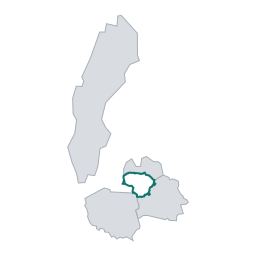 map of Lithuania with Sweden, Belarus, Poland and Latvia greyed out
{"feature_id": "LTU", "entity_name": "Lithuania", "entity_type": "country or territory", "adm_level": 0, "iso_a3": "LTU", "parent_name": "Europe", "parent_adm1": "", "projection": "mercator", "projection_center": [24.055, 55.152], "detail": "fine", "context": "with_neighbors", "style": "outline", "palette": "teal", "viewbox_px": 256, "rotation_deg": 0, "n_neighbors": 4, "source": "natural_earth", "source_scale": "50m", "svg_char_len": 3664}
<svg xmlns="http://www.w3.org/2000/svg" viewBox="0 0 256 256"><path d="M67.7,147.1L74.8,133.3L76.6,119.9L73.1,114.0L72.7,98.0L76.3,86.2L81.9,86.5L83.8,81.4L81.8,76.9L90.4,58.1L99.7,32.0L105.0,32.1L106.5,23.7L117.0,26.1L117.8,16.0L121.2,15.4L137.3,33.2L137.5,55.3L139.4,60.6L129.8,64.5L124.4,73.8L125.3,81.8L105.7,102.6L101.6,119.4L105.6,127.4L110.9,133.7L105.8,146.1L100.0,148.6L97.9,166.2L94.7,175.6L87.9,174.7L84.8,182.5L78.4,183.0L76.6,173.6L71.9,162.0L67.7,147.1Z" fill="#d9dde1" stroke="#a8b0b8" stroke-width="1"/><path d="M163.2,175.0L169.0,177.5L169.8,179.9L172.7,178.8L178.2,181.1L178.7,185.7L177.5,188.3L181.0,194.6L183.3,196.3L183.0,198.0L186.7,199.7L188.3,202.2L186.1,204.2L180.6,204.8L183.3,213.7L178.5,214.2L176.8,216.2L176.4,220.7L169.2,220.3L167.7,218.2L165.6,219.7L147.3,215.4L143.0,215.6L139.9,218.0L137.3,218.4L137.2,214.4L135.5,210.2L138.8,208.3L138.8,204.6L137.3,201.1L137.0,196.9L142.4,197.0L148.5,193.4L149.8,188.0L154.3,184.9L153.8,180.5L163.2,175.0Z" fill="#d9dde1" stroke="#a8b0b8" stroke-width="1"/><path d="M137.0,196.9L137.3,201.1L138.8,204.6L138.8,208.3L135.5,210.2L140.1,226.1L139.5,228.6L136.7,229.6L131.7,236.8L133.1,240.6L126.6,236.9L122.6,238.1L120.0,237.2L116.7,239.0L113.9,236.0L111.6,237.2L108.7,232.4L104.6,231.9L104.0,229.2L100.2,228.2L99.4,230.4L96.4,228.6L96.7,226.2L92.5,225.4L89.9,222.6L87.6,216.9L88.1,213.8L86.7,208.9L84.7,205.6L86.2,203.2L84.9,198.4L104.4,187.9L110.0,189.6L110.4,191.9L132.8,193.0L135.7,194.0L137.0,196.9Z" fill="#d9dde1" stroke="#a8b0b8" stroke-width="1"/><path d="M158.2,161.7L160.9,164.1L163.2,175.0L153.8,180.5L148.4,175.7L145.5,175.0L144.7,173.0L129.9,173.3L123.5,176.4L123.7,168.8L126.4,162.4L131.7,158.8L136.1,166.5L140.6,166.3L141.7,158.4L146.4,156.5L153.6,161.7L158.2,161.7Z" fill="#d9dde1" stroke="#a8b0b8" stroke-width="1"/><path d="M133.0,192.7L132.8,192.2L132.6,191.4L132.6,190.7L132.7,190.1L133.4,188.1L133.4,187.8L132.9,187.2L132.3,186.8L131.9,185.9L130.7,185.9L129.5,185.9L129.2,185.9L128.1,185.5L127.0,184.9L126.3,184.6L125.7,184.2L125.4,183.8L124.9,183.9L124.5,183.9L124.3,183.2L124.5,182.1L124.2,180.5L123.6,178.5L123.5,176.4L123.5,176.0L125.0,174.8L126.8,173.5L127.3,173.4L129.0,172.7L130.8,172.7L132.0,172.9L133.1,172.9L133.7,172.7L134.2,172.9L134.6,173.4L135.0,173.4L135.4,173.0L137.8,173.3L138.3,173.3L138.9,173.4L140.0,173.7L140.6,174.0L142.0,173.8L142.5,173.8L142.9,173.7L143.8,172.9L144.2,172.7L144.6,172.6L144.9,172.7L145.2,173.4L145.9,174.7L146.6,174.9L148.7,175.4L149.2,175.6L150.4,176.7L151.1,177.3L151.5,177.7L152.2,178.5L152.6,179.2L153.3,179.6L154.1,179.9L154.4,180.0L154.3,180.4L154.2,181.2L153.9,182.1L153.7,182.9L153.6,183.2L153.8,183.4L154.8,183.5L155.3,183.6L155.4,183.8L155.1,184.1L154.8,184.3L154.7,184.5L154.4,185.2L152.7,185.1L152.4,185.3L152.3,185.6L152.2,186.0L152.0,186.5L151.6,186.9L150.8,187.0L150.3,187.3L149.8,188.1L149.5,189.2L149.5,190.0L149.6,190.5L149.3,191.0L148.9,191.7L148.6,192.5L148.5,192.9L148.6,193.1L148.9,193.1L149.4,193.3L149.6,193.6L149.7,194.0L149.7,194.4L149.7,194.6L149.3,194.8L148.7,194.8L148.3,194.6L148.2,194.4L148.4,194.1L148.3,193.6L148.0,193.3L147.5,193.7L147.1,193.7L146.5,194.1L146.1,194.6L145.7,194.8L144.8,194.7L144.5,195.0L144.3,196.1L144.2,196.3L143.4,196.3L142.6,196.7L141.7,197.1L141.2,196.9L141.0,196.6L140.5,196.6L140.0,196.7L139.6,196.7L139.2,196.7L138.4,196.9L137.5,196.9L137.0,196.7L137.0,196.0L137.0,195.3L136.9,194.7L136.4,194.2L135.9,193.8L135.3,193.4L134.8,193.2L134.6,193.2L134.4,192.8L134.2,192.6L133.8,192.4L133.4,192.3L133.0,192.7ZM123.0,183.8L122.7,183.7L123.3,182.6L123.5,181.9L123.7,180.8L123.8,180.5L123.9,181.0L123.8,181.7L123.4,183.1L123.0,183.8Z" fill="none" stroke="#0f766e" stroke-width="2"/></svg>